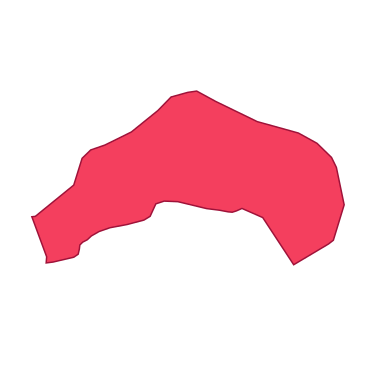 map outline of Ravne na Koroškem (Mercator projection), rotated 282°
{"feature_id": "SVN-217", "entity_name": "Ravne na Koroškem", "entity_type": "Municipality", "adm_level": 1, "iso_a3": "SVN", "parent_name": "Slovenia", "parent_adm1": "", "projection": "mercator", "projection_center": [14.947, 46.552], "detail": "fine", "context": "isolated", "style": "filled", "palette": "rose", "viewbox_px": 384, "rotation_deg": 282, "n_neighbors": 0, "source": "natural_earth", "source_scale": "10m", "svg_char_len": 715}
<svg xmlns="http://www.w3.org/2000/svg" viewBox="0 0 384 384"><g transform="rotate(282 192 192)"><path d="M92.3,64.1L98.4,63.3L134.5,40.5L135.6,43.8L174.2,74.9L202.1,77.5L212.1,84.2L219.8,97.0L238.1,120.2L264.6,141.7L280.6,151.8L288.6,167.2L291.7,175.6L285.5,196.4L274.4,241.2L271.8,283.8L265.6,304.2L254.8,321.3L246.1,328.1L211.1,343.5L174.2,340.3L169.6,336.4L142.0,306.6L181.7,266.5L186.3,244.3L182.7,239.3L180.6,235.6L180.1,231.5L179.9,222.7L178.8,209.7L179.6,180.2L177.3,166.7L172.9,159.1L159.5,156.1L154.6,150.9L146.7,135.3L140.0,119.2L134.0,109.3L128.1,102.7L123.5,99.5L120.2,95.5L116.8,93.3L112.7,93.7L107.5,93.6L103.7,90.0L94.6,70.7L92.3,64.1Z" fill="#f43f5e" stroke="#9f1239" stroke-width="1.5"/></g></svg>